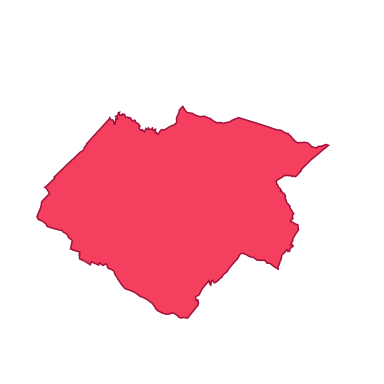 Micesti, Arges, Romania, rotated 130°
{"feature_id": "2599482B37753295637725", "entity_name": "Micesti", "entity_type": "district", "adm_level": 2, "iso_a3": "ROU", "parent_name": "Romania", "parent_adm1": "Arges", "projection": "equal_earth", "projection_center": [24.848, 44.975], "detail": "fine", "context": "isolated", "style": "filled", "palette": "rose", "viewbox_px": 384, "rotation_deg": 130, "n_neighbors": 0, "source": "geoboundaries", "source_scale": "gbopen_adm2", "svg_char_len": 6007}
<svg xmlns="http://www.w3.org/2000/svg" viewBox="0 0 384 384"><g transform="rotate(130 192 192)"><path d="M305.4,265.4L305.2,263.7L305.0,262.9L304.9,260.5L305.1,259.2L306.0,258.2L306.2,255.8L306.1,254.8L306.1,252.6L313.7,248.4L312.6,245.8L312.9,245.7L310.1,239.3L311.6,238.7L312.6,238.1L312.2,237.8L313.7,236.8L315.5,235.1L314.0,229.9L313.1,223.2L310.2,224.2L307.9,216.5L305.9,217.3L305.7,217.0L305.3,216.5L305.6,216.1L305.7,215.3L305.7,213.4L305.6,213.1L305.1,212.7L303.3,212.1L302.3,211.9L302.8,209.4L304.1,208.5L304.2,206.7L303.2,204.1L302.8,201.4L303.0,200.4L304.3,198.8L307.2,190.1L308.4,185.6L309.0,181.3L308.4,179.2L306.9,175.5L305.6,170.7L305.3,164.6L304.3,161.9L303.3,157.9L302.8,150.9L303.8,146.9L304.8,144.4L305.0,142.0L303.7,136.5L302.2,133.2L300.2,131.1L298.9,130.2L297.7,130.0L296.5,127.7L296.0,123.5L296.4,121.5L295.6,119.6L294.8,118.7L293.5,117.8L291.4,114.3L274.8,114.7L274.7,115.3L273.5,115.3L272.8,115.7L270.9,118.2L270.9,118.4L271.0,118.7L271.4,118.9L272.1,118.9L272.0,119.0L271.6,119.9L271.3,120.6L271.0,121.2L269.9,121.6L269.2,121.7L268.1,121.3L267.5,120.8L266.4,120.5L260.2,121.8L258.8,122.0L249.9,122.0L249.0,122.2L249.1,121.7L250.4,120.3L251.2,118.7L251.3,117.8L250.7,118.0L250.1,118.5L249.5,118.6L248.8,119.3L248.3,119.5L247.4,119.8L247.2,119.8L246.2,119.2L246.3,119.0L246.7,118.7L246.8,118.1L247.1,117.7L247.1,116.3L244.9,115.5L242.1,115.0L240.9,115.1L240.0,114.9L238.5,114.3L236.5,114.7L235.2,114.8L233.2,114.5L231.0,113.9L227.6,114.4L224.4,114.5L216.5,114.5L214.7,114.2L213.8,114.2L208.7,115.2L207.3,114.7L206.0,112.8L205.3,111.3L204.6,106.8L204.0,105.3L202.5,102.5L202.6,101.2L202.4,98.5L199.9,95.0L198.4,93.5L197.8,92.3L197.7,90.6L198.4,88.7L196.6,86.9L196.4,81.4L195.9,77.6L195.7,76.5L195.6,76.3L194.0,78.0L193.4,78.2L192.6,78.3L190.3,79.1L189.1,79.8L187.6,80.0L186.2,80.5L185.5,80.8L182.8,82.5L182.2,82.7L181.3,82.6L179.6,82.2L178.7,82.1L177.4,82.1L176.7,82.3L175.3,82.3L175.9,80.2L174.7,79.9L174.8,79.7L174.9,79.3L174.6,79.2L174.4,79.2L172.4,80.3L172.1,80.6L171.6,80.7L171.9,80.5L171.1,80.2L168.6,79.8L168.8,80.4L167.9,80.9L168.5,81.7L169.3,82.5L165.5,83.2L164.0,84.0L162.5,84.8L162.0,84.9L158.4,85.5L152.5,86.1L149.0,90.0L149.7,91.3L150.1,92.6L150.2,94.5L150.7,96.1L151.3,96.6L150.9,98.0L147.5,97.5L146.6,99.1L145.7,99.8L144.7,100.1L143.0,100.2L143.1,101.2L141.7,104.6L141.5,106.0L140.9,107.4L140.6,107.7L139.9,107.7L139.7,108.9L139.4,110.2L139.7,110.7L139.4,111.5L139.3,112.5L138.9,113.3L137.3,115.4L137.0,116.2L136.6,116.9L135.4,117.4L134.8,118.2L134.2,119.5L134.0,120.6L134.3,121.3L134.3,122.1L133.9,123.5L134.0,124.0L134.4,124.2L134.6,124.6L134.1,124.8L133.5,124.7L133.2,125.3L132.7,127.0L132.9,128.3L132.4,129.1L132.2,129.8L131.6,130.6L131.3,132.4L129.6,134.3L128.9,134.7L127.5,134.1L125.4,133.5L123.6,132.7L121.1,132.0L120.2,131.9L119.0,131.0L119.2,130.6L117.4,129.1L117.4,128.3L116.8,127.9L116.2,127.1L115.7,125.9L115.8,125.2L114.5,124.4L114.2,123.9L114.0,123.1L113.6,122.5L105.6,122.0L105.0,122.8L90.5,121.5L68.5,117.4L68.7,118.0L69.5,120.0L74.0,122.5L74.7,123.4L76.0,124.6L77.3,124.8L78.1,125.1L78.7,125.8L80.0,128.7L80.5,129.7L80.3,130.4L80.0,131.1L80.1,132.3L79.8,134.1L80.2,135.2L81.4,137.5L82.0,138.3L83.7,139.5L84.3,140.8L84.8,141.1L86.1,142.4L86.5,142.8L86.8,147.0L86.3,147.9L86.3,149.2L86.2,150.3L86.0,151.1L85.7,151.9L85.7,152.9L85.9,153.8L85.9,155.0L85.3,155.7L85.4,155.9L86.0,156.7L86.4,157.6L86.4,158.0L87.2,160.2L87.2,162.1L87.5,163.5L88.2,164.8L89.2,165.8L89.9,167.1L95.6,181.6L104.7,203.2L104.9,203.9L105.3,204.4L106.1,204.6L107.1,205.1L108.1,205.9L108.8,206.3L109.7,206.4L111.1,207.4L113.2,207.8L115.6,209.2L117.1,210.8L119.2,212.0L119.5,212.5L120.1,214.3L121.3,215.9L122.6,216.8L123.2,218.3L123.4,219.8L123.9,221.1L123.9,225.2L124.7,226.7L125.9,231.2L128.3,233.3L129.9,235.7L130.6,238.2L131.0,238.8L131.2,239.8L131.3,241.6L131.7,242.5L133.6,245.7L134.2,247.4L134.2,248.9L133.5,250.3L133.1,252.1L132.4,253.7L132.4,254.2L134.8,254.2L137.3,254.4L137.9,254.1L139.1,253.3L145.5,251.3L148.4,248.5L151.8,248.7L154.3,250.2L157.5,251.5L162.4,253.2L162.9,253.9L163.4,255.1L164.8,255.7L167.3,255.3L168.7,255.2L168.7,255.5L169.0,255.7L169.3,255.8L169.8,255.6L169.8,255.9L169.6,256.3L169.8,257.3L170.0,257.5L169.2,257.7L169.9,259.0L167.3,260.2L167.6,260.5L169.2,261.0L169.8,261.4L169.9,261.9L169.7,262.3L168.3,263.2L168.2,263.5L168.3,263.6L168.9,263.4L169.4,263.4L170.5,263.7L170.8,264.2L171.2,264.8L171.2,265.6L171.1,266.2L171.0,266.6L171.0,266.8L172.6,266.3L172.9,266.4L173.2,267.0L173.0,268.1L174.3,267.6L176.7,267.2L176.4,268.1L176.4,268.6L176.6,268.9L176.2,270.0L176.7,270.5L177.6,270.4L177.7,271.0L177.4,272.5L176.8,273.7L176.4,274.0L175.5,273.9L174.9,274.2L174.7,275.0L174.6,276.0L174.3,276.6L174.3,277.5L174.6,278.1L174.6,279.4L174.7,280.5L174.6,280.9L173.7,281.5L173.8,281.9L174.1,282.4L174.7,282.7L175.2,282.7L175.6,282.9L176.2,283.4L176.1,283.8L175.3,285.0L175.4,285.9L175.2,286.2L174.7,286.7L174.8,287.1L175.8,287.7L176.1,288.0L176.1,288.3L175.7,288.7L176.6,289.9L176.7,290.0L177.0,290.4L177.2,291.3L177.0,291.7L176.8,291.9L176.5,292.4L176.3,293.1L176.0,293.6L176.0,293.9L176.8,294.5L176.8,295.3L177.1,295.4L177.7,295.3L178.0,295.0L178.4,295.9L178.9,296.1L179.8,296.5L179.2,297.8L178.1,298.4L177.5,298.7L178.8,299.4L179.6,298.5L181.1,298.5L182.6,298.7L183.2,299.1L183.3,297.4L183.6,296.3L183.8,296.0L184.7,297.5L189.3,294.6L189.8,294.7L190.2,295.0L189.8,295.7L189.2,295.6L189.0,296.0L189.0,296.5L188.4,296.9L188.3,297.6L187.7,299.0L188.7,300.2L188.7,300.9L187.9,302.7L189.3,302.3L213.3,303.4L223.1,303.7L223.4,303.1L223.9,303.0L226.5,303.1L227.2,303.0L227.7,302.9L228.6,302.4L229.3,302.2L230.0,302.2L231.1,302.3L233.1,303.2L243.7,304.3L244.1,304.5L253.1,305.5L269.2,307.2L269.4,306.0L277.0,306.8L281.9,307.4L283.0,307.7L282.7,307.1L282.7,306.6L282.9,305.5L283.8,302.8L284.3,301.7L284.7,300.0L286.6,300.3L295.6,300.9L296.6,300.7L297.6,299.9L299.1,299.0L300.9,298.1L302.7,297.4L310.7,294.9L311.8,292.1L310.4,287.5L310.4,282.7L311.5,281.1L310.3,277.6L306.2,268.8L305.1,267.0L305.4,265.4Z" fill="#f43f5e" stroke="#9f1239" stroke-width="1.5"/></g></svg>